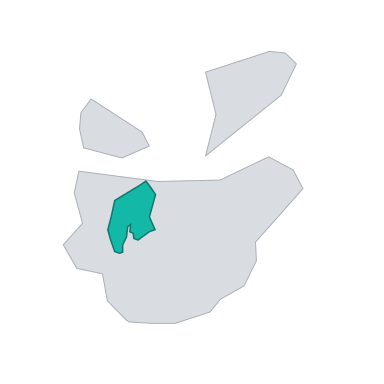 location of Sha Tin within Hong Kong S.A.R., rotated 162°
{"feature_id": "HKG-5163", "entity_name": "Sha Tin", "entity_type": "state/province", "adm_level": 1, "iso_a3": "HKG", "parent_name": "Hong Kong S.A.R.", "parent_adm1": "", "projection": "robinson", "projection_center": [114.207, 22.389], "detail": "fine", "context": "in_parent", "style": "filled", "palette": "teal", "viewbox_px": 384, "rotation_deg": 162, "n_neighbors": 0, "source": "natural_earth", "source_scale": "10m", "svg_char_len": 978}
<svg xmlns="http://www.w3.org/2000/svg" viewBox="0 0 384 384"><g transform="rotate(162 192 192)"><path d="M152.0,106.7L153.6,105.0L171.6,86.6L198.1,81.2L212.1,72.3L248.6,72.3L270.9,79.5L292.1,87.9L294.1,90.6L306.1,114.7L302.4,141.8L325.1,154.9L330.8,181.5L305.8,196.1L304.3,227.5L293.2,246.7L221.1,212.5L161.7,194.7L108.3,201.8L88.9,181.6L85.5,160.9L147.1,124.7L152.0,106.7ZM142.1,301.8L74.7,301.8L60.3,295.3L53.2,281.6L77.1,256.6L167.9,222.2L145.2,258.4L142.1,301.8ZM273.1,301.7L259.2,311.7L220.9,264.3L218.5,248.9L248.1,246.0L281.4,267.4L279.5,286.8L273.1,301.7Z" fill="#d9dde1" stroke="#a8b0b8" stroke-width="1"/><path d="M258.1,163.0L261.7,165.8L260.7,170.9L263.5,173.4L260.4,180.0L263.9,178.9L268.2,169.4L274.3,163.1L276.5,156.2L279.7,156.1L283.9,159.2L284.2,170.9L283.8,182.0L276.4,193.6L268.1,207.8L247.1,212.8L238.4,214.8L232.5,216.7L229.7,208.8L227.5,200.7L240.2,181.5L238.8,167.6L245.0,167.4L258.1,163.0Z" fill="#14b8a6" stroke="#0f766e" stroke-width="1.5"/></g></svg>